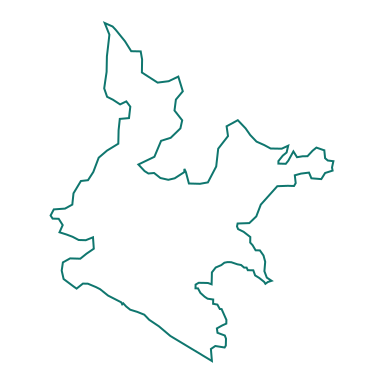 Ishtikhan, Samarkand, Uzbekistan
{"feature_id": "79887680B73801633322119", "entity_name": "Ishtikhan", "entity_type": "district", "adm_level": 2, "iso_a3": "UZB", "parent_name": "Uzbekistan", "parent_adm1": "Samarkand", "projection": "albers", "projection_center": [66.584, 40.003], "detail": "fine", "context": "isolated", "style": "outline", "palette": "teal", "viewbox_px": 384, "rotation_deg": 0, "n_neighbors": 0, "source": "geoboundaries", "source_scale": "gbopen_adm2", "svg_char_len": 2428}
<svg xmlns="http://www.w3.org/2000/svg" viewBox="0 0 384 384"><path d="M211.9,361.0L210.9,349.0L215.3,346.0L224.6,347.5L225.8,345.6L226.0,338.7L224.8,335.5L217.5,332.8L216.9,328.4L222.3,325.4L226.3,323.6L226.4,319.9L221.6,309.1L219.8,309.0L217.4,304.6L213.1,303.8L213.2,299.5L207.6,298.7L204.6,296.7L200.4,292.9L198.0,288.4L195.5,288.3L195.6,284.6L198.7,282.8L204.3,282.9L208.0,283.0L211.6,284.3L211.8,277.4L211.9,272.4L215.7,267.5L221.3,265.1L224.4,262.7L227.5,262.1L231.2,262.2L237.4,264.3L241.1,265.0L244.1,267.6L246.6,267.6L247.8,270.2L253.3,270.3L255.1,275.4L259.3,278.0L264.2,281.9L265.4,283.8L267.9,282.0L271.6,280.8L266.8,277.6L264.4,271.2L265.2,261.8L263.5,255.5L259.9,250.4L255.6,250.3L252.6,245.2L250.2,242.6L250.3,237.0L243.6,231.8L238.1,229.1L237.0,226.4L237.6,223.5L249.3,223.1L256.3,216.4L260.8,204.6L277.3,186.2L287.8,185.8L294.0,186.0L295.7,183.1L294.8,175.3L301.0,173.6L309.0,172.6L311.4,178.3L321.3,179.1L325.1,173.0L332.6,170.6L332.0,167.5L333.4,161.2L327.8,160.5L325.1,158.2L324.3,150.3L324.2,150.3L316.4,147.6L312.6,150.7L307.5,156.2L302.5,156.3L297.0,157.2L293.4,151.4L288.3,160.7L285.8,163.8L278.4,163.6L278.4,161.1L282.8,155.6L286.6,152.5L288.2,145.7L281.7,148.7L270.6,148.5L264.3,145.1L256.5,141.6L250.2,135.0L245.6,128.4L237.8,120.2L226.6,126.3L228.0,136.1L218.2,148.7L216.2,166.5L207.9,182.4L200.0,183.8L188.9,183.5L185.9,172.1L184.4,168.9L184.3,172.1L174.7,178.3L168.3,179.8L160.4,178.0L154.1,173.0L148.4,173.5L144.6,171.1L138.4,164.5L144.8,161.4L154.4,156.8L161.1,140.8L170.7,137.8L180.4,128.4L182.2,120.3L174.5,110.5L175.9,99.6L182.8,91.3L178.3,76.6L168.7,81.2L157.6,82.6L141.9,72.5L142.1,59.5L140.7,51.4L131.2,51.2L125.0,41.3L115.7,29.8L112.6,26.5L104.7,23.0L109.4,34.7L108.1,46.1L106.9,56.4L106.6,71.9L105.3,80.7L104.2,88.4L107.1,96.8L112.9,99.7L120.1,104.4L126.3,101.4L130.3,106.7L129.0,118.1L119.8,118.9L118.6,130.2L118.3,143.7L107.0,150.6L98.7,157.7L93.3,172.0L88.0,180.2L80.9,181.0L73.5,193.3L72.3,204.6L65.0,208.6L53.8,209.4L50.6,215.5L52.6,218.6L58.7,218.8L62.7,225.1L59.5,232.3L66.5,234.5L72.6,236.8L78.7,240.0L85.8,240.2L93.0,237.3L93.8,248.7L86.5,253.7L80.3,258.7L70.1,258.4L62.9,262.4L61.7,270.6L63.6,279.0L73.6,286.5L76.6,288.6L82.9,283.6L87.9,283.7L96.0,287.1L100.1,289.2L108.1,295.6L121.2,302.3L122.2,304.3L123.2,303.3L126.2,306.5L130.2,309.7L137.3,311.9L144.3,314.7L149.2,319.8L158.9,326.3L170.4,336.0L180.2,341.9L211.9,361.0Z" fill="none" stroke="#0f766e" stroke-width="2"/></svg>